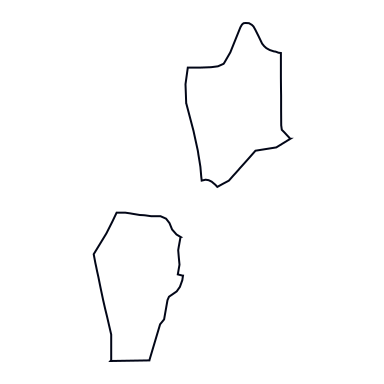 the district of As Sawadiyah, Al Bayda', Yemen
{"feature_id": "15242507B42548243953389", "entity_name": "As Sawadiyah", "entity_type": "district", "adm_level": 2, "iso_a3": "YEM", "parent_name": "Yemen", "parent_adm1": "Al Bayda'", "projection": "natural_earth1", "projection_center": [45.343, 14.413], "detail": "fine", "context": "isolated", "style": "outline", "palette": "ink", "viewbox_px": 384, "rotation_deg": 0, "n_neighbors": 0, "source": "geoboundaries", "source_scale": "gbopen_adm2", "svg_char_len": 1891}
<svg xmlns="http://www.w3.org/2000/svg" viewBox="0 0 384 384"><path d="M217.3,186.9L222.0,184.3L223.1,183.7L228.4,180.9L228.9,180.6L233.3,175.6L235.7,173.0L238.0,170.4L238.5,169.9L239.2,169.0L239.3,168.9L239.7,168.4L241.8,166.1L246.1,161.3L253.9,152.5L255.2,151.0L255.5,150.7L276.3,147.4L290.3,138.8L290.2,138.8L289.5,137.9L286.5,134.7L285.5,133.6L284.2,132.2L281.8,129.8L281.2,125.3L281.2,124.5L281.1,109.8L281.1,109.7L281.1,96.8L281.1,96.1L281.1,95.6L281.0,88.9L280.9,77.3L280.9,72.9L280.9,69.2L280.9,67.5L280.9,65.4L280.9,61.3L280.9,53.0L280.1,52.9L278.4,52.7L276.9,52.1L275.5,51.6L273.9,51.4L269.7,50.0L266.3,48.1L266.0,47.8L264.2,46.2L262.1,43.6L258.6,36.3L255.4,29.9L253.5,26.5L251.9,24.9L249.0,23.2L247.4,23.1L245.6,23.0L243.7,23.2L242.8,23.8L241.9,24.7L240.4,27.3L230.3,52.4L224.4,62.6L223.6,63.8L218.0,66.3L215.0,66.7L211.0,67.2L200.2,67.6L199.2,67.6L190.0,67.6L187.8,67.6L185.5,84.2L186.2,103.4L186.3,103.5L193.5,130.9L195.0,137.8L197.8,150.6L198.2,153.1L198.3,154.0L199.4,160.6L200.1,165.0L200.4,166.9L201.0,173.8L201.2,176.2L201.7,180.6L205.6,179.7L208.7,180.2L210.9,181.3L211.6,181.6L212.2,182.1L212.9,182.7L215.4,184.8L217.3,186.9ZM149.4,360.4L149.5,359.9L160.1,324.3L164.1,319.4L167.5,300.1L169.0,296.7L176.7,291.4L179.9,286.9L182.3,280.2L182.9,276.3L183.0,275.7L182.9,275.7L177.8,274.4L179.0,267.5L179.5,264.7L178.8,257.4L178.2,250.2L178.8,246.5L179.1,244.9L180.5,237.2L180.8,237.1L176.5,234.5L172.1,229.5L169.5,223.1L166.1,218.7L163.9,217.7L160.5,216.2L160.0,216.2L154.4,216.2L151.4,216.2L150.4,216.1L145.6,215.4L143.8,215.2L139.8,215.0L131.4,213.6L131.0,213.5L125.5,212.7L116.6,212.7L112.6,221.1L111.5,223.3L111.2,223.9L106.4,233.4L93.7,254.2L95.4,263.2L96.1,266.4L97.1,271.3L98.4,277.1L99.9,284.6L100.8,289.0L103.0,299.4L103.1,299.9L105.0,308.2L107.1,316.8L111.2,334.6L111.2,345.4L111.2,360.2L110.5,361.0L149.4,360.4Z" fill="none" stroke="#020617" stroke-width="2"/></svg>